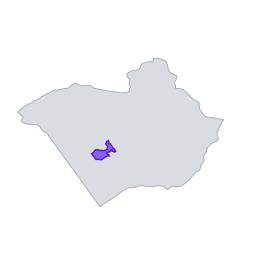 Uganda, with Wakiso highlighted, rotated 54°
{"feature_id": "UGA-3091", "entity_name": "Wakiso", "entity_type": "District", "adm_level": 1, "iso_a3": "UGA", "parent_name": "Uganda", "parent_adm1": "", "projection": "mercator", "projection_center": [32.452, 0.206], "detail": "fine", "context": "in_parent", "style": "filled", "palette": "violet", "viewbox_px": 256, "rotation_deg": 54, "n_neighbors": 0, "source": "natural_earth", "source_scale": "10m", "svg_char_len": 3017}
<svg xmlns="http://www.w3.org/2000/svg" viewBox="0 0 256 256"><g transform="rotate(54 128 128)"><path d="M175.2,196.8L172.1,196.8L166.9,196.8L161.8,196.8L156.6,196.8L151.5,196.8L146.4,196.8L141.2,196.8L136.1,196.8L130.9,196.8L125.8,196.8L120.7,196.8L115.5,196.8L110.4,196.8L105.2,196.8L100.1,196.8L95.0,196.8L89.8,196.8L86.8,196.8L86.2,196.7L85.8,196.6L83.8,197.0L81.8,198.2L79.7,198.8L77.4,198.5L77.1,198.7L75.9,198.6L74.3,198.6L72.8,198.9L71.6,200.0L70.4,201.9L68.3,204.1L66.7,206.0L65.3,207.4L62.1,209.7L60.3,210.3L59.5,210.2L58.9,209.8L57.9,206.9L57.3,206.4L51.1,207.9L50.1,208.0L50.2,207.1L49.7,200.3L49.7,196.1L50.5,193.5L51.0,190.5L51.0,187.8L52.2,183.3L51.7,180.6L53.2,171.1L53.6,169.6L54.2,165.0L55.1,163.6L55.9,163.0L57.0,160.2L59.0,155.7L60.5,153.4L60.2,148.3L60.4,144.9L60.7,144.1L63.7,142.8L67.6,139.7L69.3,135.9L71.6,133.5L76.2,132.0L89.6,119.1L95.9,112.2L98.6,108.7L98.7,107.4L99.2,105.7L98.1,104.4L96.8,103.3L96.4,102.2L95.3,101.6L93.6,101.6L92.6,100.8L91.4,99.3L90.2,98.3L86.4,98.4L83.4,96.8L83.5,94.6L84.6,90.3L86.8,85.5L87.0,84.1L86.6,83.0L86.1,82.0L85.1,81.0L84.2,79.8L84.9,76.3L86.3,72.8L87.4,71.1L88.6,69.2L88.2,67.6L86.6,66.8L87.5,65.3L89.2,62.7L92.7,60.0L95.7,58.3L97.7,58.3L101.6,59.7L105.2,61.3L107.1,61.4L109.5,60.7L114.4,57.8L115.5,58.7L117.0,60.5L118.5,63.4L121.6,64.8L123.1,65.7L124.1,66.0L124.7,65.7L125.9,63.4L127.3,62.2L129.9,60.6L135.7,59.3L139.8,58.9L141.5,58.6L144.4,57.9L149.0,55.5L153.6,58.6L158.5,59.2L163.3,59.2L164.7,58.2L165.5,57.5L170.6,52.5L177.3,45.7L181.8,55.3L183.4,55.8L183.2,56.7L182.8,57.5L185.8,59.8L189.4,61.0L190.7,62.2L190.8,63.5L189.6,69.1L189.8,70.7L191.0,76.3L193.1,77.6L195.1,83.2L198.9,85.6L199.5,86.3L200.4,89.0L201.6,92.0L202.5,92.7L203.1,92.9L204.2,96.1L203.6,97.9L204.5,103.3L205.9,108.2L206.3,114.0L206.3,116.5L206.3,118.1L205.9,120.3L205.2,121.6L204.0,122.8L202.6,124.8L201.4,126.8L200.7,127.9L201.3,131.0L201.1,131.8L200.8,132.2L199.0,132.7L196.8,133.5L195.4,134.4L193.5,136.0L192.0,137.7L189.9,142.7L186.5,146.7L185.9,148.0L182.7,150.3L181.3,153.2L180.4,156.8L179.1,159.3L176.4,162.8L175.8,168.3L175.8,179.3L175.1,191.9L175.2,196.8Z" fill="#d9dde1" stroke="#a8b0b8" stroke-width="1"/><path d="M127.8,155.3L126.5,153.3L126.6,151.2L127.5,151.4L128.2,151.9L128.9,152.2L129.7,152.0L130.2,151.7L130.6,151.5L133.3,151.8L134.8,151.8L135.9,152.1L137.0,151.3L138.2,151.7L139.6,151.7L139.6,152.5L139.3,153.3L138.6,153.3L138.1,153.5L137.9,154.0L137.5,154.3L136.9,154.4L136.6,154.1L136.1,153.8L135.7,155.0L135.9,155.4L136.4,155.7L136.3,155.9L136.3,156.2L136.5,156.4L136.5,156.6L136.4,157.4L136.0,157.9L135.3,159.0L136.0,159.9L137.8,159.5L139.4,159.5L138.8,160.4L138.5,161.6L138.1,164.0L138.2,167.8L136.6,169.7L135.3,171.4L134.5,172.5L131.4,172.4L127.4,172.4L127.5,170.9L127.4,169.5L126.7,168.3L126.6,167.0L126.8,166.4L127.3,166.0L127.9,165.5L128.2,164.7L128.8,164.4L129.4,164.2L129.9,163.7L130.3,163.1L130.5,162.5L131.0,162.1L131.7,161.8L132.0,161.3L132.4,160.2L132.9,157.4L130.9,155.3L127.8,155.3Z" fill="#8b5cf6" stroke="#5b21b6" stroke-width="1.5"/></g></svg>